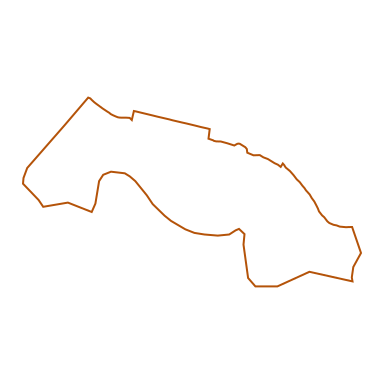 outline of Faux A Chaud, Castries, Saint Lucia
{"feature_id": "8701671B10526359848248", "entity_name": "Faux A Chaud", "entity_type": "district", "adm_level": 2, "iso_a3": "LCA", "parent_name": "Saint Lucia", "parent_adm1": "Castries", "projection": "robinson", "projection_center": [-60.995, 14.009], "detail": "fine", "context": "isolated", "style": "outline", "palette": "amber", "viewbox_px": 384, "rotation_deg": 0, "n_neighbors": 0, "source": "geoboundaries", "source_scale": "gbopen_adm2", "svg_char_len": 1557}
<svg xmlns="http://www.w3.org/2000/svg" viewBox="0 0 384 384"><path d="M282.8,163.5L280.7,166.9L277.9,164.7L274.6,163.2L267.8,159.0L263.3,157.3L259.8,155.1L253.5,155.3L247.3,152.7L246.8,149.0L245.3,147.2L239.8,143.8L238.7,143.6L237.3,143.8L234.3,145.5L227.4,143.3L220.8,141.5L216.3,141.4L214.0,140.9L213.1,140.3L208.5,138.7L209.7,129.1L207.5,128.5L201.2,127.1L194.4,125.4L186.5,123.5L182.0,122.5L172.6,120.3L169.3,119.4L157.6,116.7L152.8,115.5L139.1,112.2L135.8,111.4L133.9,111.0L131.8,120.0L129.7,117.9L126.6,117.7L124.6,117.7L122.6,117.7L119.8,117.6L117.9,117.3L115.6,116.4L112.7,115.1L110.6,114.0L109.4,112.9L107.3,111.6L102.5,108.4L97.9,105.0L96.0,103.6L94.2,102.2L91.6,99.8L90.3,98.4L89.4,98.1L88.2,97.6L64.8,125.0L27.2,168.0L23.5,178.0L23.0,183.7L27.6,188.5L38.6,200.0L43.2,206.8L67.9,202.6L91.7,212.0L95.4,203.6L99.1,181.1L103.2,174.8L111.0,171.7L124.8,173.3L129.8,176.4L135.3,181.1L146.8,195.3L152.7,204.1L164.6,215.7L171.0,220.9L185.3,229.3L194.4,232.9L204.5,234.5L217.8,235.6L229.2,234.5L235.7,230.3L239.0,228.9L244.5,234.1L243.5,244.6L248.1,278.0L255.4,286.4L258.2,286.4L277.4,286.4L309.4,271.8L352.5,281.4L351.8,277.4L353.3,267.0L361.0,253.0L357.1,241.6L352.1,227.0L351.3,227.0L347.9,227.1L346.0,227.2L339.7,226.6L336.6,225.4L333.5,224.8L329.3,223.0L327.3,221.3L324.2,217.2L322.1,215.4L319.0,211.4L317.9,208.5L316.4,205.5L314.3,201.5L311.7,198.0L309.7,194.5L306.0,190.4L304.5,188.1L302.4,185.7L299.8,182.2L296.7,179.3L293.6,175.2L290.0,171.1L285.8,167.6L284.9,166.3L284.3,165.2L282.8,163.5Z" fill="none" stroke="#b45309" stroke-width="2"/></svg>